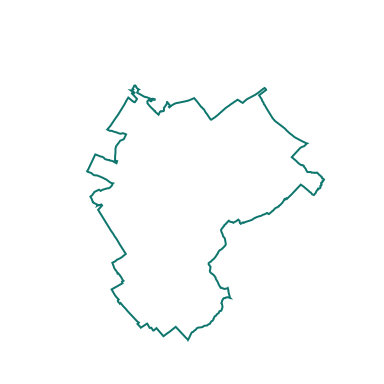 the district of Vinderei, Vaslui, Romania, rotated 146°
{"feature_id": "2599482B12696403630714", "entity_name": "Vinderei", "entity_type": "district", "adm_level": 2, "iso_a3": "ROU", "parent_name": "Romania", "parent_adm1": "Vaslui", "projection": "robinson", "projection_center": [27.79, 46.151], "detail": "fine", "context": "isolated", "style": "outline", "palette": "teal", "viewbox_px": 384, "rotation_deg": 146, "n_neighbors": 0, "source": "geoboundaries", "source_scale": "gbopen_adm2", "svg_char_len": 5956}
<svg xmlns="http://www.w3.org/2000/svg" viewBox="0 0 384 384"><g transform="rotate(146 192 192)"><path d="M299.0,167.2L299.3,166.1L298.7,166.1L298.4,163.9L298.4,162.0L298.3,161.4L298.7,157.7L298.5,156.7L300.2,156.8L300.6,155.2L313.1,156.2L313.6,149.5L313.4,147.1L312.9,143.8L314.0,143.6L314.5,142.7L314.6,142.1L314.4,141.3L314.3,139.7L313.3,139.9L312.8,135.2L312.3,132.5L312.0,129.2L311.4,125.4L309.8,115.5L309.1,113.4L311.0,113.1L310.4,109.7L310.3,108.1L302.8,108.0L302.8,106.5L303.1,103.0L301.6,102.2L301.7,99.0L301.1,98.6L297.6,99.0L296.3,88.4L290.9,88.7L290.0,88.6L280.9,89.3L278.5,74.3L278.0,72.4L278.1,71.6L276.4,72.4L272.0,75.1L271.1,75.5L270.3,75.7L269.0,75.4L267.6,75.8L265.9,75.7L264.7,76.2L263.4,76.3L262.5,76.0L259.7,74.5L258.6,74.2L256.6,74.2L254.1,72.9L252.4,73.1L251.1,72.7L249.2,73.6L248.3,73.9L246.9,73.8L246.3,74.0L245.2,74.6L245.0,75.0L244.0,75.3L243.6,75.8L242.5,76.2L241.7,76.0L240.4,76.4L239.9,76.7L237.8,76.7L236.9,77.1L236.3,77.6L235.8,77.8L234.1,77.2L232.7,78.3L231.7,78.9L230.7,80.1L229.7,82.8L229.8,83.4L229.6,83.5L227.5,85.2L225.7,86.1L224.6,86.1L224.0,85.5L222.9,85.5L221.9,85.2L220.6,84.2L219.9,83.0L219.6,82.7L219.7,83.3L219.0,84.8L218.2,87.3L217.3,89.4L216.7,90.4L216.0,92.4L216.7,92.4L219.1,93.4L219.8,94.0L220.4,95.1L221.3,96.0L221.2,96.3L221.8,96.6L221.6,100.3L221.1,102.4L220.9,104.8L220.9,105.9L220.8,106.8L220.3,107.7L220.4,108.8L220.3,109.2L220.3,110.2L220.6,111.0L220.6,111.4L220.8,112.4L221.5,113.8L221.7,115.7L221.3,116.7L221.0,117.0L219.8,118.0L219.2,119.0L218.6,119.3L218.4,119.9L218.6,120.6L218.4,121.4L218.7,122.2L218.6,122.9L217.8,123.8L215.0,123.8L213.0,124.3L212.0,124.2L209.4,124.9L206.8,125.9L206.2,126.3L205.1,126.5L204.7,127.0L202.3,128.1L201.5,128.2L200.0,128.0L198.2,128.2L194.2,129.1L193.3,129.7L192.8,130.5L190.7,135.3L191.0,138.1L190.2,140.0L190.0,141.9L189.3,144.1L188.7,144.5L187.6,145.0L186.0,145.4L184.8,146.0L184.3,145.9L183.5,146.5L181.0,146.7L180.4,147.1L177.5,147.6L177.3,146.5L176.3,145.2L175.1,144.2L175.0,143.4L171.6,143.1L169.1,143.2L168.7,141.5L169.2,140.6L169.6,139.4L169.3,138.3L166.9,138.4L166.5,138.2L166.4,137.5L164.3,137.2L158.1,135.4L155.2,135.4L152.9,135.1L150.2,134.4L148.3,133.7L145.8,133.4L143.7,132.8L141.8,132.7L141.3,132.4L140.9,130.9L140.7,130.7L134.5,131.4L132.1,132.0L130.8,131.9L130.0,131.6L128.1,131.5L127.8,131.9L126.3,131.9L123.6,132.4L121.7,133.1L119.4,134.3L119.3,133.7L117.2,134.0L117.2,133.2L110.5,134.4L97.7,137.3L96.5,134.1L94.6,127.4L94.5,126.4L93.8,125.1L93.7,123.0L92.7,121.3L90.4,121.9L87.6,123.5L86.8,123.4L86.2,123.5L85.9,124.2L85.4,124.3L85.2,123.9L84.7,123.7L83.4,123.6L82.6,124.4L82.4,125.1L81.9,125.0L80.5,125.5L80.4,125.9L80.6,126.3L79.7,127.4L79.2,127.4L78.6,127.1L78.0,127.5L77.7,128.1L76.9,127.9L75.6,128.5L75.8,129.7L76.2,130.0L76.3,130.3L76.4,131.3L76.2,131.4L76.0,132.1L76.6,133.9L76.6,134.3L76.9,134.9L77.4,138.1L77.6,138.3L78.4,138.4L79.3,139.3L80.1,139.5L80.3,140.0L82.1,141.3L82.3,142.1L85.1,143.9L85.2,145.7L84.8,147.4L85.0,150.5L85.0,151.0L84.7,151.3L85.3,152.5L86.4,153.2L87.1,154.7L87.8,157.1L88.3,159.8L89.8,165.1L77.6,168.0L76.4,168.0L73.3,167.3L71.8,167.5L70.7,167.9L69.4,167.9L70.3,169.0L73.3,174.3L76.4,180.3L77.1,183.0L78.1,185.7L79.1,189.9L79.4,192.1L79.8,193.6L83.5,204.5L83.9,208.2L83.4,220.2L83.1,223.2L83.3,224.5L82.9,225.5L82.8,227.1L82.8,228.7L82.4,229.4L82.3,231.2L82.3,234.7L73.4,235.2L73.3,235.6L73.6,237.6L75.3,237.7L80.5,237.3L85.1,237.2L94.4,238.2L97.5,237.9L100.1,237.5L101.1,239.5L101.8,241.4L102.6,243.0L111.6,243.0L113.0,242.8L114.1,242.9L117.2,242.8L127.7,241.4L131.2,241.1L135.7,241.2L135.9,241.5L136.1,242.9L136.0,248.4L136.2,250.0L135.9,254.1L136.5,255.3L136.3,256.3L136.8,257.3L137.2,264.2L137.7,268.6L143.5,269.7L148.1,271.4L155.7,274.6L157.9,275.0L159.9,275.1L162.1,275.0L163.4,274.8L163.5,275.5L161.9,275.8L162.2,279.8L162.2,280.3L162.4,280.5L164.0,278.9L165.5,278.5L166.7,277.8L167.6,277.7L168.2,277.4L169.6,275.4L170.1,275.0L171.2,275.3L171.5,275.8L171.8,275.9L172.5,275.9L172.9,276.5L173.3,276.5L173.9,276.3L176.5,274.8L177.5,278.5L177.8,280.1L177.6,280.2L177.7,280.3L179.0,286.7L179.3,290.5L178.7,291.4L178.6,291.9L178.2,292.2L176.4,292.5L175.8,292.3L175.6,290.9L175.7,290.7L175.4,290.2L175.0,290.0L174.3,290.2L173.1,290.9L172.7,290.7L172.3,289.9L171.8,289.5L171.3,289.3L171.0,289.7L172.2,291.2L173.9,291.9L175.3,294.1L176.4,295.7L178.1,297.4L181.9,305.0L179.3,306.8L178.7,306.7L179.5,308.7L179.6,309.7L179.5,310.6L179.3,310.9L179.6,312.2L180.0,312.4L180.7,312.3L181.6,311.6L183.6,310.7L183.4,309.8L184.1,309.8L184.7,309.2L184.9,309.2L185.4,310.0L185.9,310.4L185.4,309.0L184.6,308.0L184.6,307.5L184.3,307.1L184.2,306.5L185.2,306.4L185.7,306.5L186.1,307.6L186.7,307.3L185.5,300.0L186.3,299.5L189.1,298.4L189.6,298.7L190.4,300.4L192.0,305.9L195.3,304.4L199.0,302.4L210.1,297.4L214.7,295.7L222.8,292.4L227.3,291.2L226.2,289.1L225.7,288.5L224.4,287.7L223.1,285.8L221.3,283.7L219.4,281.0L218.6,280.2L216.5,279.5L214.8,277.3L214.4,276.6L219.0,273.9L222.9,274.7L224.8,273.9L229.3,272.4L230.9,271.0L231.7,270.0L233.3,267.6L236.4,263.8L237.2,262.5L238.3,261.2L236.8,259.5L238.5,258.1L239.8,260.5L240.3,261.6L241.1,262.8L242.5,264.0L242.6,264.5L242.8,264.9L243.2,265.0L245.5,267.6L245.8,268.3L246.0,270.0L246.9,271.6L248.0,272.6L250.6,276.5L251.2,277.2L265.3,268.8L266.9,267.9L267.3,267.9L267.2,267.1L264.9,264.1L264.2,261.6L263.8,260.7L263.1,260.0L262.3,259.6L261.1,258.4L258.0,253.7L256.8,251.4L256.2,250.6L254.4,245.5L253.5,244.2L252.6,243.3L253.6,243.0L254.7,242.2L255.1,242.1L257.0,241.6L258.8,241.6L260.4,242.5L265.0,243.9L267.1,244.0L267.8,245.9L272.8,246.6L276.8,245.1L278.8,245.0L279.1,241.7L279.4,241.1L279.6,239.7L279.5,239.4L279.9,239.0L279.9,238.6L277.6,234.5L278.5,233.7L277.1,233.7L276.7,233.5L276.7,233.1L274.2,232.4L274.1,231.1L279.8,229.7L280.8,205.0L280.7,201.6L280.9,199.0L280.8,194.9L281.2,189.4L281.5,177.7L285.0,177.4L285.9,177.2L289.0,177.3L292.0,177.8L294.6,177.5L297.6,177.9L299.0,172.2L299.1,171.4L298.9,169.5L299.0,167.2Z" fill="none" stroke="#0f766e" stroke-width="2"/></g></svg>